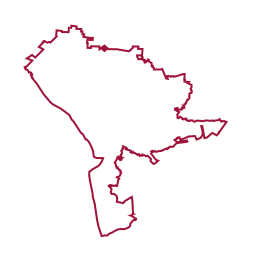 Carmen, Campeche, Mexico (Equal Earth projection), rotated 266°
{"feature_id": "50627088B86783514296689", "entity_name": "Carmen", "entity_type": "district", "adm_level": 2, "iso_a3": "MEX", "parent_name": "Mexico", "parent_adm1": "Campeche", "projection": "equal_earth", "projection_center": [-91.727, 18.453], "detail": "fine", "context": "isolated", "style": "outline", "palette": "rose", "viewbox_px": 256, "rotation_deg": 266, "n_neighbors": 0, "source": "geoboundaries", "source_scale": "gbopen_adm2", "svg_char_len": 5898}
<svg xmlns="http://www.w3.org/2000/svg" viewBox="0 0 256 256"><g transform="rotate(266 128 128)"><path d="M230.4,63.6L224.8,62.7L224.4,63.3L218.7,56.6L219.4,55.5L218.7,53.5L220.5,50.9L220.6,50.1L219.2,48.8L219.1,49.4L215.1,44.7L212.3,49.0L204.7,40.3L207.6,37.4L204.4,31.9L202.0,37.3L196.7,31.5L196.0,29.5L195.4,29.9L195.3,29.3L193.7,29.9L192.8,31.9L192.4,32.3L190.2,33.1L190.5,33.9L190.3,34.5L189.9,35.1L189.1,35.2L188.5,36.1L187.4,36.0L187.3,35.0L186.6,35.5L185.7,35.4L184.9,36.2L184.7,35.8L178.6,40.1L167.6,46.2L159.1,52.4L156.7,54.9L151.9,62.5L145.0,70.5L140.5,72.3L138.4,74.1L127.2,80.3L125.8,81.2L125.6,81.9L124.5,82.8L119.7,84.8L119.5,85.0L119.4,85.9L119.5,85.2L119.6,85.6L119.3,86.2L117.1,87.8L114.3,89.2L108.1,91.4L101.7,92.0L100.3,94.3L99.7,101.0L96.8,99.8L92.9,96.7L91.9,95.2L89.2,89.6L87.1,86.4L83.7,86.0L78.6,86.3L65.9,88.0L60.5,88.2L59.6,88.6L54.8,89.5L37.9,90.8L31.4,91.8L22.0,94.2L22.5,97.0L22.2,99.3L22.4,100.1L24.1,102.3L24.4,103.9L27.4,110.2L27.6,111.5L27.7,114.4L27.3,117.4L28.9,122.1L30.4,123.4L32.6,123.7L33.8,125.1L35.0,126.0L35.8,127.3L35.6,129.0L36.5,129.8L37.2,129.5L38.1,127.8L39.3,126.7L40.5,124.5L40.6,125.5L42.0,126.7L42.0,127.5L42.3,127.2L46.3,127.1L55.4,127.3L59.0,127.0L55.4,119.9L53.4,117.9L55.1,111.8L58.4,112.3L60.6,112.0L61.6,111.4L63.0,109.7L63.4,109.1L63.3,107.2L64.2,106.5L65.7,106.4L67.5,107.2L68.5,107.2L71.6,104.7L72.4,106.0L72.5,106.5L72.0,107.5L71.3,107.5L71.7,108.6L71.6,109.0L71.4,108.9L71.2,109.4L71.6,111.3L71.3,111.4L70.9,113.0L76.9,114.7L77.8,115.6L78.5,114.7L79.5,114.7L79.7,113.5L80.0,113.7L79.9,114.9L80.3,116.0L82.1,117.3L83.9,117.5L84.0,118.0L84.4,117.8L84.5,118.3L84.8,117.3L86.2,117.5L86.5,116.3L87.6,116.0L88.5,114.6L89.1,114.6L89.2,114.3L89.5,114.6L89.6,114.0L90.6,113.3L91.7,113.6L93.8,112.7L94.3,112.3L95.2,113.1L98.7,115.3L99.3,115.2L99.5,115.4L99.6,116.1L100.2,116.3L100.1,117.9L100.3,118.6L100.1,119.0L99.2,119.1L99.0,119.3L98.9,119.1L99.2,119.0L98.7,118.4L98.8,117.9L98.4,117.3L97.6,116.9L96.7,117.8L96.5,118.4L96.8,119.2L98.5,119.7L98.7,120.2L99.1,119.2L100.0,119.1L101.4,119.4L101.9,119.1L102.7,119.9L104.0,120.3L105.2,120.1L105.7,119.7L106.8,121.0L107.6,120.9L107.7,121.3L108.2,121.2L109.3,122.0L110.1,121.9L110.0,122.2L109.4,122.3L109.1,123.4L108.5,123.8L108.7,124.6L108.2,125.2L108.0,125.3L108.2,125.0L107.9,124.9L107.6,124.1L107.1,124.1L105.0,129.6L104.2,129.4L103.7,128.9L103.1,129.6L103.5,130.9L103.1,130.7L102.3,133.6L100.5,135.6L100.4,136.1L100.7,136.9L102.0,136.8L99.3,137.9L99.8,139.6L100.3,140.0L100.0,140.2L100.1,140.5L99.5,140.4L99.7,142.5L98.6,144.1L99.0,145.5L95.9,148.5L95.2,148.4L94.8,148.7L94.1,148.2L93.2,148.3L90.4,150.9L90.5,151.5L90.9,152.5L93.2,155.8L94.5,153.5L100.9,149.2L102.2,150.3L103.0,150.4L102.8,150.1L103.1,149.7L103.3,150.1L103.4,151.2L102.5,151.7L102.7,152.7L103.1,153.4L102.4,154.0L102.3,154.8L102.4,155.8L102.8,156.5L102.7,158.9L103.0,159.9L102.9,160.3L103.9,161.7L103.8,162.6L104.3,163.5L104.2,163.9L104.9,164.7L104.9,165.0L104.4,165.7L104.7,165.9L104.8,166.5L105.2,166.5L105.2,167.3L106.3,168.0L106.5,168.5L106.1,170.4L106.3,171.6L106.2,172.1L107.1,172.6L109.5,175.4L110.2,186.2L111.4,186.0L110.9,179.9L110.4,176.1L112.8,173.6L114.3,176.9L114.8,176.5L115.1,177.1L115.1,178.7L112.6,179.5L113.7,183.6L115.3,187.8L115.3,188.7L115.3,194.3L111.7,195.6L112.9,199.5L116.0,202.0L119.4,202.2L124.8,201.2L124.7,202.2L112.6,203.5L113.0,206.1L117.2,211.8L114.5,216.0L116.2,217.7L116.2,218.0L117.8,218.5L117.8,219.0L127.2,226.7L128.0,224.9L127.8,224.8L128.4,222.7L128.1,222.5L127.9,221.4L130.5,220.0L129.6,218.9L129.3,214.9L129.0,213.8L129.5,213.2L129.6,212.4L129.4,211.7L129.6,209.2L130.1,207.0L129.8,204.6L129.9,204.4L129.6,203.9L129.7,202.2L130.0,201.5L129.9,201.0L130.3,200.3L130.2,199.0L130.6,197.5L130.4,196.4L129.7,195.5L129.7,194.8L130.2,193.6L131.0,193.1L131.1,192.4L131.3,190.8L131.2,190.2L130.9,189.9L131.0,189.4L130.8,189.5L130.9,188.4L131.7,186.8L132.4,186.6L133.1,187.0L133.4,186.7L133.2,184.7L132.7,184.2L132.7,183.8L133.1,182.9L133.7,183.1L135.6,180.9L134.3,179.2L134.6,178.2L135.6,178.4L136.3,178.0L137.7,178.4L138.1,178.2L140.4,180.2L141.7,177.9L142.2,177.8L142.2,177.3L142.6,177.0L142.8,176.2L143.2,176.3L143.6,176.2L143.9,176.1L144.4,177.0L144.2,177.7L144.6,178.6L144.5,178.8L142.9,178.7L142.7,182.9L144.1,183.0L144.1,183.5L144.5,183.6L144.2,184.1L144.6,184.3L144.3,184.6L144.6,185.0L144.3,185.0L144.3,185.3L144.6,185.1L145.4,185.5L146.2,185.0L146.1,185.3L146.6,185.3L146.8,185.9L147.7,185.9L147.9,186.7L148.6,187.5L149.2,187.4L151.2,189.0L151.9,188.9L152.6,190.7L153.3,191.1L154.4,191.5L155.3,191.2L156.0,191.7L157.7,191.5L158.4,192.3L158.4,193.1L158.8,193.8L159.5,194.2L160.2,194.2L160.7,193.7L161.6,193.9L162.0,193.3L162.6,193.1L164.2,194.2L166.6,194.4L168.6,190.6L169.7,191.9L170.3,187.6L171.7,187.7L171.8,188.1L172.3,188.2L172.4,187.5L177.9,188.3L178.0,187.1L176.0,178.5L176.3,178.0L176.0,177.3L176.4,176.7L176.6,176.1L176.4,175.4L176.6,175.3L176.3,174.7L176.2,174.0L176.6,173.7L176.6,173.2L177.2,172.0L177.0,170.5L174.3,171.1L174.7,169.5L184.5,166.3L184.1,165.0L184.6,157.9L186.0,158.1L187.6,156.2L188.4,157.0L189.0,156.0L191.2,156.1L193.0,153.3L194.4,153.6L194.9,152.8L193.4,152.5L193.6,150.7L192.4,150.5L192.1,149.2L194.1,148.7L194.3,149.2L194.9,149.3L195.2,147.2L197.5,147.5L197.6,146.7L195.8,146.3L196.0,143.1L198.1,142.2L199.8,142.1L199.5,147.1L205.8,148.0L206.2,143.5L208.5,144.1L209.0,138.5L207.7,138.4L204.9,134.8L204.8,135.0L204.4,134.4L207.3,122.6L208.0,114.2L208.8,113.3L206.5,109.9L208.9,107.5L210.0,109.2L208.7,110.5L209.8,112.3L211.8,110.2L208.5,105.1L210.3,105.3L210.5,105.0L211.3,105.1L212.1,96.8L210.4,96.5L210.8,93.2L215.5,93.7L215.6,93.0L218.8,93.7L218.3,98.9L220.3,99.2L220.8,94.2L221.0,94.2L221.7,90.8L222.0,90.9L222.1,90.7L221.8,90.6L222.0,89.9L224.5,90.8L224.7,89.1L227.4,89.3L227.5,87.9L230.0,88.3L230.5,83.4L232.9,83.8L234.0,78.7L231.9,78.3L232.1,76.0L227.8,75.4L228.3,69.0L229.3,69.0L230.4,63.6Z" fill="none" stroke="#9f1239" stroke-width="2"/></g></svg>